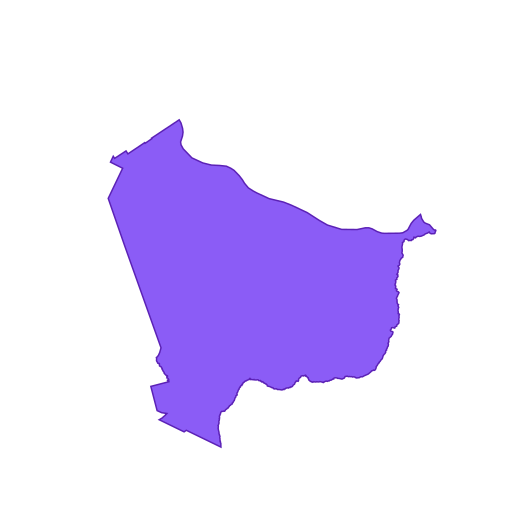 the district of Rosario, Santa Fe, Argentina, rotated 329°
{"feature_id": "61730980B23902943966550", "entity_name": "Rosario", "entity_type": "district", "adm_level": 2, "iso_a3": "ARG", "parent_name": "Argentina", "parent_adm1": "Santa Fe", "projection": "robinson", "projection_center": [-60.711, -33.096], "detail": "fine", "context": "isolated", "style": "filled", "palette": "violet", "viewbox_px": 512, "rotation_deg": 329, "n_neighbors": 0, "source": "geoboundaries", "source_scale": "gbopen_adm2", "svg_char_len": 6144}
<svg xmlns="http://www.w3.org/2000/svg" viewBox="0 0 512 512"><g transform="rotate(329 256 256)"><path d="M260.3,99.7L227.2,101.2L227.2,101.8L219.0,102.3L219.0,101.5L198.8,102.5L198.7,99.0L185.1,99.5L185.0,97.0L179.6,100.6L186.9,112.1L159.0,130.5L148.7,179.6L127.3,285.8L123.8,289.1L121.2,290.9L119.4,291.6L118.3,291.7L118.0,292.7L116.8,294.5L116.7,295.0L116.8,295.5L116.6,297.3L117.7,298.3L117.7,298.7L117.1,299.3L117.1,299.8L116.7,300.5L117.2,301.6L117.5,301.8L117.7,303.0L117.4,303.6L117.6,304.3L117.1,305.0L117.3,305.6L117.1,306.7L117.3,308.6L116.9,309.2L117.4,311.7L118.4,313.1L118.1,313.6L117.5,313.5L117.4,314.1L116.8,314.5L117.4,315.2L117.6,316.2L117.4,317.2L117.1,317.3L116.8,316.8L116.1,316.9L116.1,317.5L116.3,318.0L116.8,318.4L116.6,318.9L98.7,313.6L91.6,337.6L94.4,341.7L98.5,345.1L97.2,345.5L96.8,345.4L96.2,345.8L93.4,346.2L92.7,346.5L88.7,346.5L103.8,369.7L106.5,369.5L127.5,401.7L129.4,398.4L129.4,397.7L129.8,397.0L129.6,396.6L130.1,396.1L130.2,395.3L131.0,394.2L131.0,393.8L131.5,392.8L132.3,391.9L132.4,390.6L132.8,390.0L132.7,389.4L133.5,388.0L134.3,385.4L134.7,384.7L134.8,384.1L135.7,383.1L136.1,382.2L136.2,381.7L136.7,381.5L138.3,380.1L138.8,378.9L139.5,378.1L139.9,377.9L140.6,377.0L140.7,376.5L141.3,376.2L142.2,374.3L142.9,374.1L143.5,373.3L144.2,373.1L145.1,372.0L146.4,371.5L147.7,372.2L148.2,372.2L149.2,372.9L150.8,372.1L152.5,372.0L153.1,371.7L154.0,371.9L154.4,371.5L155.5,371.2L156.1,370.7L157.2,370.8L158.5,370.4L159.4,370.6L159.8,370.3L160.0,369.8L160.9,369.7L161.9,369.0L162.9,368.7L165.0,366.8L166.0,366.5L166.9,365.4L168.3,365.4L168.7,364.2L169.5,363.4L170.2,363.2L171.8,361.8L173.0,361.4L173.3,360.8L173.9,360.6L174.6,360.1L175.1,360.3L175.9,359.5L176.8,359.4L177.1,359.6L177.4,359.1L178.1,359.2L178.4,358.6L179.1,358.6L179.6,358.1L180.1,357.9L180.7,358.1L182.3,357.6L183.0,358.0L183.4,357.8L184.1,358.0L184.6,357.9L185.1,358.1L186.5,358.2L187.5,357.7L187.8,357.9L187.4,358.5L187.4,359.0L188.2,359.1L188.8,359.9L189.7,360.4L190.1,360.8L190.7,360.8L190.8,361.3L192.2,362.3L193.8,363.0L194.1,363.4L194.2,364.2L194.9,364.8L195.6,365.0L195.6,365.8L196.0,366.1L195.9,366.7L196.4,366.8L196.6,367.2L197.1,367.3L197.1,368.0L197.2,368.4L197.5,368.6L197.5,369.2L198.0,369.7L198.5,370.9L199.0,371.3L199.0,372.4L198.8,373.3L200.6,375.1L201.3,376.1L201.5,376.7L202.7,377.6L202.6,378.5L203.2,379.4L204.0,379.6L204.2,379.9L205.3,380.5L205.5,381.3L206.0,381.8L206.9,382.2L209.0,384.0L209.6,384.2L209.9,384.4L210.7,384.3L211.2,384.9L211.8,384.6L212.7,385.0L213.6,384.7L215.4,385.4L215.8,385.9L216.8,385.8L217.4,386.3L218.1,386.0L218.9,386.5L220.1,386.5L221.4,385.8L223.0,385.7L224.5,384.5L225.6,384.3L226.0,383.9L226.4,384.0L227.6,385.1L228.4,384.6L229.1,383.5L230.4,382.9L231.6,383.0L232.6,382.2L234.0,382.4L234.3,382.6L234.7,383.2L235.3,383.2L236.0,383.6L236.6,383.5L237.0,383.6L237.2,383.9L237.3,384.2L236.8,384.8L237.2,385.3L237.7,386.4L237.7,386.8L238.0,387.2L237.7,387.6L237.7,388.6L237.4,389.3L237.9,390.8L238.0,391.5L238.9,392.3L239.1,393.1L239.6,393.1L239.9,393.4L240.4,393.6L240.9,393.5L241.5,394.2L242.5,394.9L243.3,395.0L244.3,395.9L245.5,396.5L246.1,396.5L248.2,398.6L248.4,399.1L249.1,399.2L249.6,398.9L250.0,399.1L250.8,399.1L251.9,399.5L252.7,400.3L253.9,400.4L254.5,400.8L255.4,400.6L256.4,401.1L258.5,401.1L259.1,401.4L259.2,401.0L260.4,400.9L261.4,401.3L262.6,402.2L263.0,403.0L264.0,403.6L266.3,405.8L268.9,406.1L270.3,405.2L272.3,406.0L273.0,407.0L273.9,407.3L274.5,407.9L275.9,408.7L276.6,409.6L277.1,409.6L277.8,410.1L278.4,410.7L278.6,411.5L279.0,411.7L279.3,412.3L281.9,413.5L283.5,413.4L285.1,414.4L286.9,414.4L291.4,415.0L295.0,414.4L295.9,414.0L297.1,414.4L297.8,414.2L298.6,415.0L299.8,414.9L301.4,413.7L302.2,412.6L303.0,412.5L305.9,410.9L306.6,411.0L307.0,410.4L308.0,410.3L309.8,409.4L311.3,409.1L313.7,406.9L315.1,406.3L316.1,406.1L317.5,405.4L317.9,404.6L318.7,403.9L319.5,403.9L319.8,403.2L321.2,402.4L321.8,401.7L322.9,401.3L324.1,399.8L324.2,398.8L325.7,398.0L326.0,397.0L327.7,395.0L330.5,394.5L331.7,393.7L332.6,393.5L333.1,392.8L333.8,392.4L334.2,391.7L334.2,391.3L332.8,389.6L332.9,388.9L333.1,388.6L334.2,388.3L335.3,387.3L336.4,387.8L337.7,389.2L337.9,389.2L338.9,388.3L340.4,388.6L341.5,387.5L343.0,387.4L344.0,387.0L344.7,385.7L345.3,385.3L345.7,383.8L347.0,382.4L347.9,380.6L348.7,380.2L348.8,379.2L348.2,378.6L348.3,378.4L349.0,377.6L349.8,375.5L350.3,375.1L350.9,374.2L351.8,373.7L351.9,373.4L352.0,371.8L353.1,371.1L352.7,370.3L352.8,368.8L353.4,368.0L353.5,367.3L354.3,366.4L354.5,364.7L355.5,363.8L356.3,363.6L356.9,362.9L359.7,361.1L359.6,360.0L358.8,359.1L358.5,358.1L359.8,357.2L359.2,356.1L358.8,355.8L359.0,355.3L360.0,354.4L360.1,353.7L360.5,353.0L360.2,352.5L361.0,351.5L361.5,351.3L362.6,350.1L362.7,349.3L363.2,348.5L364.7,348.6L365.3,347.3L366.5,347.0L367.3,346.5L367.5,346.0L367.4,345.5L367.9,345.0L367.4,344.2L369.3,343.2L369.6,342.8L370.1,341.7L372.1,340.4L372.6,339.5L372.4,338.2L372.6,337.7L373.8,337.8L374.8,337.3L375.2,336.9L375.3,335.8L377.0,333.9L378.3,333.4L379.2,332.8L381.2,332.6L381.6,332.0L382.4,331.3L382.6,330.8L382.6,328.5L383.5,327.6L384.5,326.1L385.7,323.4L387.9,321.1L388.5,319.9L390.0,319.9L390.5,319.6L390.9,318.9L391.5,318.5L392.7,318.3L394.0,319.4L394.6,320.7L394.7,321.4L395.9,321.9L397.0,322.7L397.8,322.3L398.6,322.7L399.0,322.7L400.3,322.1L400.9,321.3L401.1,321.2L402.1,322.6L403.2,322.2L405.1,322.5L406.3,323.5L407.9,324.1L411.2,324.5L412.5,324.2L414.9,324.7L416.5,324.6L416.8,324.7L416.6,325.1L417.1,326.5L417.8,327.3L420.4,328.7L421.0,328.7L422.0,327.7L423.2,326.9L423.3,326.2L422.5,325.9L421.8,324.5L420.8,318.6L418.0,315.0L417.3,313.3L417.3,308.9L417.8,307.7L418.4,305.1L409.7,306.6L405.8,308.0L400.0,311.5L398.6,311.8L393.8,311.7L390.8,310.4L377.7,302.7L375.6,301.2L372.5,297.6L369.5,292.5L367.2,289.9L364.1,288.1L356.3,285.4L343.1,277.3L333.2,266.3L328.6,258.1L322.3,245.3L312.6,230.8L307.4,224.0L296.8,213.6L289.2,202.4L287.0,198.7L284.5,193.6L283.6,187.6L283.6,183.8L283.0,178.6L281.3,171.3L279.6,167.8L276.9,163.8L271.5,159.7L264.6,155.1L258.3,148.8L251.6,138.9L248.8,126.7L249.0,122.1L250.1,119.4L254.8,115.3L257.2,112.3L258.8,108.8L260.2,103.4L260.3,99.7Z" fill="#8b5cf6" stroke="#5b21b6" stroke-width="1.5"/></g></svg>